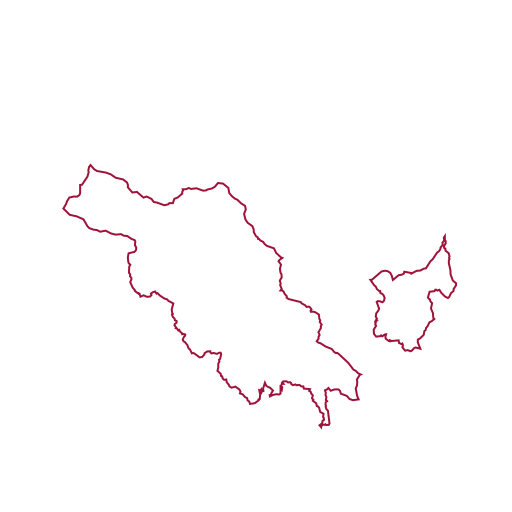 Ocaña, Norte de Santander, Colombia, rotated 125°
{"feature_id": "7082276B12484805764820", "entity_name": "Ocaña", "entity_type": "district", "adm_level": 2, "iso_a3": "COL", "parent_name": "Colombia", "parent_adm1": "Norte de Santander", "projection": "albers", "projection_center": [-73.373, 8.221], "detail": "fine", "context": "isolated", "style": "outline", "palette": "rose", "viewbox_px": 512, "rotation_deg": 125, "n_neighbors": 0, "source": "geoboundaries", "source_scale": "gbopen_adm2", "svg_char_len": 6099}
<svg xmlns="http://www.w3.org/2000/svg" viewBox="0 0 512 512"><g transform="rotate(125 256 256)"><path d="M282.7,161.1L277.8,161.5L276.3,162.7L274.6,162.8L273.5,165.9L271.8,166.5L271.4,167.8L267.9,170.9L268.0,174.7L268.7,177.2L270.2,178.9L269.7,179.8L267.8,180.0L267.1,182.5L267.2,183.8L268.7,185.3L268.2,187.6L268.6,191.6L268.1,192.9L272.6,204.7L272.6,207.0L271.3,207.7L270.5,211.1L269.3,212.9L269.2,214.8L270.1,216.1L268.3,216.0L266.0,219.5L264.5,219.9L262.5,222.4L258.7,222.7L256.3,224.7L255.6,226.4L252.8,229.0L248.7,230.6L247.4,234.5L245.7,234.5L242.5,233.3L242.8,234.8L241.9,241.3L239.4,245.7L241.5,253.0L241.1,256.4L240.3,258.1L240.8,261.4L240.3,263.3L240.8,264.2L239.7,265.3L239.7,267.5L237.7,271.5L235.5,273.2L233.6,276.2L233.6,281.7L232.2,285.5L228.4,289.9L223.7,291.1L221.2,293.7L221.4,298.2L220.6,303.6L221.1,306.1L220.8,310.3L219.7,314.1L216.1,317.7L215.6,324.5L218.0,329.0L222.8,329.4L225.9,330.8L229.5,334.0L230.9,334.5L232.8,336.8L234.7,343.7L238.3,347.6L238.9,350.1L241.4,351.6L243.4,354.3L244.1,353.4L246.1,353.1L247.1,352.2L253.0,353.7L256.1,355.7L260.4,354.4L262.4,357.3L264.1,357.6L267.0,360.2L269.0,367.6L270.4,370.7L269.2,374.3L270.0,379.7L272.7,381.7L271.8,390.3L274.9,393.7L273.2,400.4L271.3,401.6L269.8,403.7L269.5,408.7L272.4,415.9L272.4,421.8L273.8,426.9L277.6,435.0L277.7,438.6L276.4,443.7L278.9,443.8L282.1,442.4L283.4,441.1L287.7,439.6L297.4,439.4L298.7,440.8L305.4,436.1L307.3,435.6L309.9,436.5L311.9,439.5L315.2,442.4L319.7,442.2L322.3,441.4L327.6,441.0L329.1,432.2L326.4,425.7L324.9,418.4L328.3,411.1L328.8,408.5L327.6,404.2L326.0,401.2L325.5,397.6L321.5,393.7L320.7,387.7L319.0,383.2L315.5,379.1L315.2,375.9L313.5,373.0L313.4,367.8L312.6,364.5L313.1,363.4L316.5,361.4L317.9,358.8L320.0,357.7L322.3,357.9L326.9,361.9L330.8,360.1L334.1,357.2L335.0,355.9L335.2,354.0L337.5,353.7L342.6,350.4L343.2,348.5L344.9,347.5L345.3,345.7L346.5,344.7L349.6,344.0L352.6,338.9L353.4,335.8L354.0,335.5L354.3,332.1L353.7,331.0L354.3,330.4L353.8,329.6L355.6,327.3L352.7,325.5L351.9,321.7L349.9,319.5L348.0,319.2L347.0,320.5L344.8,319.7L342.9,318.2L343.9,315.9L342.9,315.4L343.5,312.1L343.4,306.7L342.5,303.7L343.0,302.2L342.3,296.5L348.1,294.4L350.5,292.2L351.2,290.9L352.2,291.2L353.6,289.2L354.0,286.8L355.2,285.5L354.8,283.9L355.6,283.1L356.2,282.8L358.3,283.5L359.5,283.1L360.4,280.3L361.1,280.3L360.8,278.8L361.6,276.9L360.6,276.5L361.5,274.7L361.7,272.4L362.4,271.6L361.3,270.4L360.9,268.9L362.0,268.3L363.0,268.7L366.5,268.1L367.4,266.5L367.3,264.8L368.3,261.2L370.3,258.3L370.5,256.4L372.5,252.7L371.5,251.9L371.2,250.5L371.4,244.0L369.6,242.2L366.3,241.8L365.2,242.4L362.1,241.2L360.3,238.8L361.0,238.4L361.4,236.6L359.8,235.2L358.6,231.9L356.3,230.6L355.5,229.5L356.5,228.2L360.8,226.4L362.2,226.8L363.3,225.5L366.0,225.1L369.0,222.9L372.2,221.7L372.7,217.4L374.3,215.9L374.0,214.6L375.4,213.1L375.7,211.0L374.2,209.5L376.2,207.6L377.0,204.6L378.0,203.1L377.9,200.5L374.8,197.9L374.9,193.0L376.0,190.9L377.8,190.3L376.9,187.6L377.9,183.9L377.5,181.9L379.1,180.0L379.1,178.0L380.6,176.1L377.3,172.6L372.7,171.0L372.1,171.7L371.0,170.9L367.6,172.9L365.1,173.2L366.1,174.2L364.0,176.4L363.6,175.0L362.2,175.2L363.2,173.7L362.4,172.5L360.4,174.2L354.7,176.0L356.4,173.1L356.3,170.5L355.8,169.2L356.5,164.9L359.8,164.7L361.0,163.8L362.1,165.0L363.0,164.0L359.9,162.3L357.6,160.1L356.2,157.6L354.6,157.0L349.9,160.3L350.7,158.1L348.6,159.1L347.7,161.1L346.0,161.5L345.0,160.2L344.6,162.0L343.1,161.8L341.1,159.0L341.2,157.1L339.9,155.9L339.9,154.4L340.7,153.6L340.6,151.7L338.6,150.0L338.6,148.7L336.7,146.5L336.8,144.1L335.7,142.4L337.2,140.8L334.1,135.4L336.0,135.1L335.8,133.4L336.9,132.0L337.6,129.5L340.5,128.5L340.9,126.5L342.0,126.4L342.1,122.2L344.1,120.1L343.7,119.3L344.0,117.4L346.9,114.0L346.5,110.2L349.3,108.8L349.4,108.1L351.2,106.3L352.8,107.0L354.9,105.8L358.2,106.9L358.9,104.4L357.8,105.0L356.0,104.5L354.8,102.8L354.0,102.6L354.2,101.6L352.7,99.6L351.1,99.7L341.5,108.3L340.9,110.8L339.5,112.5L338.7,112.6L338.0,113.7L335.9,115.0L334.1,114.5L333.9,116.2L331.2,117.4L330.0,119.4L328.1,120.3L326.4,122.5L324.6,121.3L322.6,121.0L323.5,117.5L320.1,115.0L318.0,111.9L318.2,110.0L320.1,107.5L318.5,101.4L319.5,97.4L318.5,93.9L314.6,89.7L312.6,92.9L307.3,98.3L304.2,99.0L300.9,100.9L299.3,102.5L293.8,102.8L293.0,102.3L293.5,105.1L292.9,108.3L293.2,111.0L290.6,119.1L288.8,132.0L288.8,134.0L289.7,134.9L289.8,136.8L288.7,140.6L290.2,147.0L290.5,153.4L291.2,155.1L291.0,157.4L287.9,157.3L286.4,158.4L284.2,158.6L282.7,161.1ZM197.1,130.1L194.2,133.6L192.8,136.3L192.9,139.5L194.1,141.9L196.7,144.3L208.9,147.4L209.9,148.6L212.2,142.4L212.4,140.2L213.7,138.1L214.1,134.8L213.5,134.2L215.0,132.8L214.6,130.9L215.0,129.0L216.6,126.5L219.3,125.5L221.4,125.9L222.1,128.7L223.3,130.5L224.4,130.8L228.5,125.0L230.3,124.5L234.1,124.6L237.0,123.1L238.1,120.8L240.2,121.0L240.6,120.7L240.3,120.1L241.1,120.4L241.1,121.4L241.5,120.0L242.2,120.1L242.9,119.1L243.7,119.0L244.4,117.5L248.7,117.4L252.1,114.8L253.1,111.3L250.2,108.0L249.3,108.0L249.4,106.5L246.6,105.6L245.5,104.5L247.9,103.7L249.3,102.4L249.5,98.5L249.0,97.4L248.2,97.9L247.8,96.1L243.3,90.8L245.2,88.9L244.7,86.3L243.8,85.9L245.0,84.3L246.8,83.7L248.0,79.5L246.1,77.8L245.4,74.8L244.3,74.1L240.6,73.6L239.4,72.8L237.7,68.2L233.9,74.0L231.6,75.5L229.6,74.4L224.4,73.4L220.9,75.0L219.3,74.6L217.3,75.4L214.8,75.2L210.9,75.9L208.6,74.7L205.3,73.8L205.1,75.2L201.3,78.3L198.6,82.6L193.6,84.7L193.2,87.0L191.8,88.7L191.9,90.1L191.3,91.4L185.7,93.3L182.4,89.6L180.8,89.8L180.3,89.2L180.3,87.6L178.5,86.4L179.9,83.1L180.8,77.9L180.3,74.7L178.8,74.2L174.6,75.0L171.4,74.1L169.6,75.2L165.4,75.3L163.6,76.4L163.2,80.7L159.6,85.9L156.1,88.6L151.3,93.9L148.8,95.6L147.5,95.7L146.7,96.9L145.5,97.1L143.2,99.7L142.9,103.8L141.3,105.2L141.6,106.2L140.9,107.1L139.9,107.7L136.7,107.9L135.0,109.2L134.3,110.7L131.4,112.7L133.1,112.7L135.4,110.7L138.1,110.9L139.8,109.5L143.0,109.7L144.8,108.9L147.2,108.9L149.3,109.6L157.3,109.4L160.3,110.1L168.6,109.7L170.3,111.4L173.6,113.0L176.0,115.9L181.4,118.7L181.0,119.3L183.8,125.5L185.6,124.8L187.7,125.9L190.0,128.2L197.1,130.1Z" fill="none" stroke="#9f1239" stroke-width="2"/></g></svg>